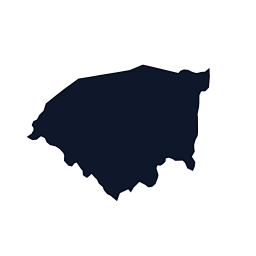 Cachoeira dos Índios, Paraíba, Brazil (Mercator projection), rotated 249°
{"feature_id": "56859067B57784829245035", "entity_name": "Cachoeira dos Índios", "entity_type": "district", "adm_level": 2, "iso_a3": "BRA", "parent_name": "Brazil", "parent_adm1": "Paraíba", "projection": "mercator", "projection_center": [-38.71, -6.947], "detail": "fine", "context": "isolated", "style": "filled", "palette": "ink", "viewbox_px": 256, "rotation_deg": 249, "n_neighbors": 0, "source": "geoboundaries", "source_scale": "gbopen_adm2", "svg_char_len": 1351}
<svg xmlns="http://www.w3.org/2000/svg" viewBox="0 0 256 256"><g transform="rotate(249 128 128)"><path d="M65.7,173.2L68.4,175.8L72.2,177.9L78.7,176.5L82.6,181.3L85.6,181.9L89.0,183.1L93.1,186.1L96.2,189.6L98.8,191.0L112.7,196.2L116.4,197.3L122.7,201.3L126.2,202.9L133.3,205.7L136.8,209.2L135.4,213.4L137.4,217.6L147.4,222.3L150.4,223.2L153.7,224.4L152.2,220.1L153.3,216.5L153.9,211.6L156.3,208.1L160.1,204.5L161.9,201.0L161.9,197.6L160.4,194.7L164.5,188.7L178.6,168.1L181.1,164.3L180.7,150.4L182.9,139.2L186.7,121.0L188.5,111.8L191.1,99.4L186.7,83.0L183.1,71.2L179.6,60.4L177.0,58.4L173.8,55.8L172.5,52.8L171.1,49.9L167.9,46.4L167.5,42.3L164.9,39.9L161.9,40.6L159.2,39.5L156.6,36.1L155.5,31.6L151.6,34.8L150.6,38.5L152.4,44.1L148.6,47.5L144.2,47.6L140.6,49.6L137.4,54.3L133.3,57.3L128.0,59.4L125.1,59.4L120.3,57.3L114.7,59.5L113.0,61.9L114.9,65.1L115.1,68.2L107.7,69.9L104.4,71.1L100.2,69.8L97.0,72.1L98.0,75.2L99.4,77.9L94.4,79.8L91.1,81.3L86.8,81.6L82.0,84.1L78.8,83.9L74.0,85.6L71.8,87.8L64.9,91.7L70.8,96.7L71.5,106.8L68.1,107.9L71.1,111.7L72.8,115.6L74.6,119.5L72.1,121.7L69.5,124.1L66.0,126.2L65.2,129.4L66.5,133.1L70.7,137.0L73.5,138.9L80.7,139.4L83.5,142.0L82.0,145.0L82.6,147.9L84.0,150.6L86.9,151.9L86.4,155.7L83.4,159.2L81.1,160.7L78.6,167.9L75.4,169.4L69.4,169.7L65.7,173.2Z" fill="#0f172a" stroke="#020617" stroke-width="1.5"/></g></svg>